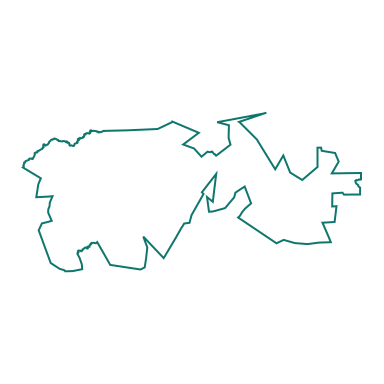 the district of Canelas, Durango, Mexico
{"feature_id": "50627088B77735288165812", "entity_name": "Canelas", "entity_type": "district", "adm_level": 2, "iso_a3": "MEX", "parent_name": "Mexico", "parent_adm1": "Durango", "projection": "orthographic", "projection_center": [-106.573, 25.072], "detail": "fine", "context": "isolated", "style": "outline", "palette": "teal", "viewbox_px": 384, "rotation_deg": 0, "n_neighbors": 0, "source": "geoboundaries", "source_scale": "gbopen_adm2", "svg_char_len": 5440}
<svg xmlns="http://www.w3.org/2000/svg" viewBox="0 0 384 384"><path d="M72.6,271.1L82.2,269.2L81.8,264.3L79.5,257.7L77.5,254.0L77.5,253.2L78.0,253.0L78.0,252.6L78.4,252.3L78.2,251.8L77.9,251.6L78.0,251.1L78.2,250.7L78.7,250.5L79.6,250.6L80.2,250.8L80.7,250.7L81.1,250.9L81.2,251.2L81.5,251.2L81.7,250.9L81.8,250.7L82.1,250.6L82.5,250.2L82.6,249.4L83.1,249.3L83.6,248.8L83.9,248.6L85.0,247.6L85.9,247.5L86.4,247.7L86.6,248.2L87.0,248.5L87.5,248.5L87.8,248.4L87.9,248.1L87.9,247.4L87.6,247.1L87.5,246.8L87.6,246.7L87.9,246.7L89.1,246.9L89.3,246.8L89.5,246.7L89.4,246.3L89.5,245.9L89.4,245.5L89.5,245.3L89.8,245.2L90.0,245.0L90.4,244.9L90.6,244.7L90.7,244.3L90.6,243.7L90.8,243.5L91.4,243.8L91.5,243.7L91.6,243.3L91.8,243.2L91.9,242.9L92.0,242.9L92.7,242.9L93.1,242.8L93.8,242.8L94.5,242.9L94.8,243.1L95.3,243.2L96.0,243.2L96.3,243.0L97.2,242.1L104.5,254.8L110.2,264.9L140.5,269.5L144.7,267.4L146.1,258.3L147.3,247.5L143.3,236.6L163.7,258.1L175.8,237.8L181.5,227.7L182.4,226.5L184.2,223.5L189.5,222.8L191.5,215.2L203.5,194.0L201.9,192.3L216.2,173.9L212.8,201.8L207.0,197.0L209.0,211.7L212.9,211.5L225.1,208.1L234.2,197.3L235.4,192.7L239.8,189.7L244.7,186.6L251.1,203.4L245.2,208.5L242.5,211.7L239.8,216.0L238.1,217.5L276.5,243.3L283.7,239.9L294.9,243.1L307.6,244.1L318.9,242.6L330.8,242.2L328.9,237.5L322.5,222.7L334.6,222.0L336.5,206.2L332.2,206.5L332.4,193.4L342.5,192.7L343.9,194.6L360.1,194.5L360.1,187.6L359.8,187.5L359.6,187.3L359.5,187.2L359.0,186.9L358.6,186.5L358.3,185.8L358.3,185.2L357.6,184.7L357.3,184.4L356.4,183.8L355.9,183.1L355.6,182.0L355.5,181.8L355.3,180.8L356.0,180.2L356.5,180.1L356.8,180.3L357.2,180.3L358.0,180.0L358.7,179.5L358.9,179.4L359.2,179.5L359.4,179.6L359.8,179.7L360.6,179.5L361.0,179.4L361.0,173.0L331.8,173.4L338.7,161.6L335.1,153.0L321.7,150.8L321.1,147.7L317.5,147.7L317.5,167.0L302.2,180.0L290.2,172.6L283.3,155.5L275.2,169.3L256.8,139.4L239.7,122.3L239.1,121.9L266.4,112.7L263.2,113.6L217.2,122.2L228.9,125.2L228.6,137.9L230.5,144.7L216.1,155.7L215.6,155.4L215.1,154.5L214.9,154.2L214.1,154.0L213.8,153.7L213.2,153.0L212.4,151.8L212.2,151.6L211.9,151.5L211.7,151.5L211.0,152.0L210.0,152.1L209.1,152.1L208.5,151.9L207.9,151.9L207.5,151.7L203.2,155.3L201.5,156.7L194.1,148.5L183.2,144.5L198.8,132.8L172.2,121.5L171.8,122.3L157.6,129.0L128.1,130.3L104.5,130.9L104.3,131.0L104.1,131.1L103.5,130.9L103.1,131.1L102.7,131.2L102.4,131.5L102.0,131.7L101.8,131.8L101.2,132.1L100.8,132.2L100.2,132.0L99.7,131.9L99.3,132.0L99.2,132.2L99.0,132.4L98.9,132.3L98.3,132.2L97.7,132.1L97.5,131.8L97.5,131.7L97.3,131.7L96.9,131.4L96.7,131.2L96.3,131.2L96.2,131.3L95.9,131.1L95.7,131.1L94.0,130.8L93.6,130.9L92.9,131.0L92.4,131.0L92.2,131.0L91.6,131.2L91.2,131.0L91.3,130.6L91.3,130.4L91.0,130.3L90.6,130.4L90.5,130.5L90.3,130.6L90.2,131.0L89.9,131.4L90.4,132.1L90.4,132.7L90.1,133.0L89.6,133.1L89.6,133.3L89.6,133.5L89.4,133.7L89.2,133.7L88.8,133.2L88.2,133.2L87.3,133.1L86.8,133.2L86.7,133.4L86.5,133.6L86.3,133.7L86.0,133.6L85.7,134.2L85.5,134.5L85.1,134.5L84.7,134.1L84.4,134.2L84.1,134.8L84.1,135.2L84.1,135.9L84.2,136.4L84.1,136.7L83.7,136.8L83.0,136.9L82.9,137.0L83.0,137.6L82.7,137.8L82.2,137.9L81.2,138.2L80.7,138.2L80.1,137.9L79.9,138.2L80.0,138.5L79.9,138.8L79.6,138.8L79.3,138.5L79.1,138.5L78.8,138.5L78.4,138.8L78.2,138.8L77.9,139.1L78.0,139.3L78.1,139.6L78.8,140.1L78.8,140.3L78.7,140.4L78.4,140.4L77.4,141.3L77.2,141.4L77.1,141.6L77.3,142.0L77.6,142.5L77.2,143.0L76.8,143.1L76.5,143.1L76.3,143.1L76.1,143.3L75.1,143.6L74.6,143.9L74.4,144.3L74.3,144.5L74.3,145.2L73.8,145.9L73.4,146.0L73.2,146.0L72.2,145.7L71.8,145.5L71.2,145.3L70.9,145.4L70.4,145.6L70.2,145.7L69.7,145.5L69.6,145.3L69.3,144.6L69.3,144.2L69.4,143.5L69.2,143.1L68.5,142.8L68.0,142.8L67.3,142.8L67.1,142.6L67.2,142.2L67.4,141.9L67.0,141.6L66.8,141.5L66.5,141.4L66.3,141.5L65.8,141.8L65.6,141.9L65.4,141.7L65.2,141.4L64.8,141.2L64.6,141.2L63.0,141.0L62.6,141.3L62.1,141.4L61.2,141.4L60.1,141.0L59.8,141.1L59.2,141.2L58.7,141.1L58.5,140.6L58.5,140.3L58.2,140.1L57.7,139.9L57.5,140.0L57.3,139.9L57.0,139.7L56.4,139.2L55.9,138.9L55.1,138.7L54.7,138.5L54.3,138.5L53.9,138.8L53.8,139.2L52.6,139.3L52.4,139.7L52.2,139.7L51.6,139.6L51.0,140.0L50.5,140.7L50.4,141.0L49.8,141.3L49.5,141.5L49.2,141.8L49.1,142.0L49.0,142.9L48.5,143.3L48.3,143.8L47.7,144.5L47.4,144.6L47.1,144.8L46.4,144.9L46.0,145.1L45.7,145.4L45.6,145.6L44.7,145.4L44.3,145.2L44.2,145.0L44.3,144.8L44.4,144.5L44.4,144.4L44.2,144.3L43.9,144.3L43.5,144.4L43.4,144.5L43.2,145.9L43.2,146.3L43.4,146.9L43.5,147.4L42.6,147.8L42.5,148.2L42.5,148.3L42.5,148.5L42.2,148.8L41.8,149.1L40.3,149.7L39.2,150.6L38.5,150.9L37.8,151.0L37.4,151.2L37.4,151.4L37.4,152.2L37.0,152.5L36.7,152.6L35.7,152.5L35.0,152.8L34.7,153.1L34.6,153.8L34.8,154.0L34.8,154.6L34.5,155.3L34.4,155.9L34.2,156.2L33.9,156.7L33.8,157.0L33.6,157.3L33.2,157.9L33.0,158.0L32.8,158.4L32.8,158.8L32.5,159.0L32.3,159.1L31.8,158.9L31.2,158.5L30.4,158.5L29.8,158.6L29.2,158.8L29.0,159.2L29.1,159.7L29.0,159.8L27.0,160.6L25.9,160.9L25.5,161.2L25.4,161.4L25.3,161.6L25.1,162.5L24.8,162.6L24.5,162.5L24.3,162.5L24.1,162.7L24.1,163.0L24.0,163.5L23.9,164.0L23.9,164.3L23.9,164.5L23.8,164.9L23.8,165.0L23.4,165.3L23.3,165.6L23.4,165.9L23.8,166.6L23.8,166.8L23.7,167.1L23.0,167.5L40.8,178.3L38.3,184.3L36.3,197.2L48.1,196.6L52.5,196.2L49.8,202.6L49.5,206.5L48.6,208.3L48.2,210.0L48.2,212.7L51.7,220.8L48.1,221.9L41.9,223.4L38.7,230.3L50.7,263.0L59.6,268.8L64.3,270.2L65.2,271.3L72.6,271.1Z" fill="none" stroke="#0f766e" stroke-width="2"/></svg>